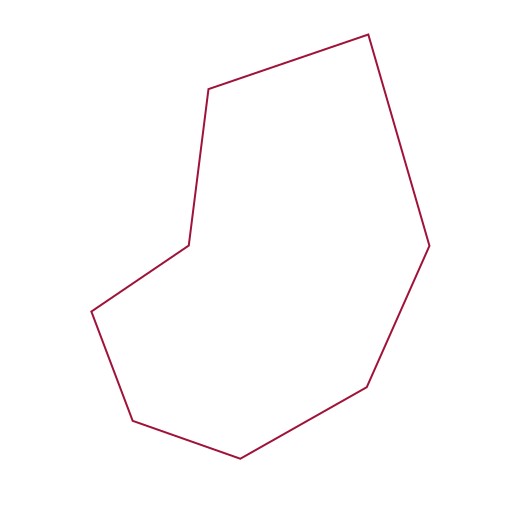 map outline of Pateros (Natural Earth projection), rotated 169°
{"feature_id": "PHL-5559", "entity_name": "Pateros", "entity_type": "Independent Municipality", "adm_level": 1, "iso_a3": "PHL", "parent_name": "Philippines", "parent_adm1": "", "projection": "natural_earth1", "projection_center": [121.084, 14.542], "detail": "fine", "context": "isolated", "style": "outline", "palette": "rose", "viewbox_px": 512, "rotation_deg": 169, "n_neighbors": 0, "source": "natural_earth", "source_scale": "10m", "svg_char_len": 272}
<svg xmlns="http://www.w3.org/2000/svg" viewBox="0 0 512 512"><g transform="rotate(169 256 256)"><path d="M103.5,452.0L83.8,232.9L172.3,106.1L310.1,60.0L408.5,117.7L428.2,232.9L320.0,279.1L270.8,428.9L103.5,452.0Z" fill="none" stroke="#9f1239" stroke-width="2"/></g></svg>